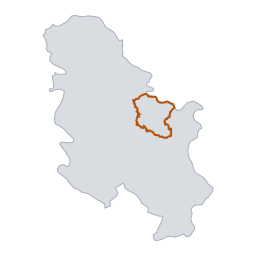 Branicevski highlighted on a map of Republic of Serbia
{"feature_id": "SRB-279", "entity_name": "Branicevski", "entity_type": "District", "adm_level": 1, "iso_a3": "SRB", "parent_name": "Republic of Serbia", "parent_adm1": "", "projection": "mercator", "projection_center": [21.622, 44.446], "detail": "fine", "context": "in_parent", "style": "outline", "palette": "amber", "viewbox_px": 256, "rotation_deg": 0, "n_neighbors": 0, "source": "natural_earth", "source_scale": "10m", "svg_char_len": 7620}
<svg xmlns="http://www.w3.org/2000/svg" viewBox="0 0 256 256"><path d="M146.6,94.1L153.3,96.2L156.3,98.2L157.9,100.8L162.2,102.5L169.2,103.4L174.0,106.0L176.7,110.5L181.1,109.5L187.3,102.8L193.3,101.1L199.3,104.2L202.5,106.9L203.1,108.9L201.7,109.8L198.4,109.4L195.7,110.6L193.5,113.6L193.2,116.7L194.7,120.0L196.8,122.3L199.5,123.5L201.0,125.2L201.2,127.4L201.9,128.0L200.3,129.0L198.6,130.5L197.7,133.1L197.4,137.3L192.2,140.6L190.2,141.2L189.3,143.4L187.9,149.5L188.1,154.1L188.8,156.5L189.1,158.4L190.8,160.7L192.4,164.3L193.4,169.0L195.7,172.7L201.5,176.3L204.4,178.4L206.6,181.4L208.2,184.1L213.0,187.7L212.7,190.3L211.6,192.9L210.5,194.0L208.1,197.3L205.8,199.1L201.9,204.8L195.8,205.1L194.4,205.6L192.1,207.2L190.9,210.0L192.0,212.3L191.9,214.6L190.8,219.1L192.3,223.9L194.4,226.1L194.8,227.3L194.4,229.6L191.2,234.1L190.2,235.8L187.0,236.7L185.9,236.2L184.3,234.7L182.7,234.2L178.9,236.0L175.0,237.2L172.0,236.3L168.9,236.2L166.8,237.0L165.3,237.3L162.2,239.2L157.2,240.6L154.9,240.3L154.0,238.5L153.1,235.8L153.6,234.6L156.8,232.6L157.2,230.6L161.8,221.0L162.7,217.8L162.7,216.8L161.5,216.1L159.0,216.2L147.8,212.3L148.3,207.8L145.1,205.3L141.5,203.2L140.9,200.8L137.0,195.9L134.1,193.2L130.5,191.8L127.3,189.8L125.4,188.6L124.5,186.3L124.5,184.9L123.6,183.6L122.1,183.7L119.5,185.6L116.3,187.1L115.7,188.3L116.9,191.0L117.7,192.7L117.3,194.3L116.3,196.4L110.2,200.9L109.5,202.5L110.7,205.1L110.0,206.3L104.8,208.0L105.0,206.6L104.7,204.3L101.7,201.9L97.6,200.1L88.4,193.7L84.8,192.9L81.7,192.1L77.2,189.1L74.8,188.6L72.3,186.4L66.6,179.0L61.8,175.0L58.6,172.9L57.7,170.9L57.5,168.9L57.6,168.2L60.0,165.3L61.9,164.9L64.4,164.8L66.0,166.3L68.1,166.6L69.3,164.7L69.9,162.0L69.6,158.5L64.5,150.5L60.2,144.9L59.7,143.6L60.6,142.6L62.1,142.0L63.8,142.5L68.1,142.9L72.2,142.4L73.6,141.0L73.6,139.2L72.1,137.4L67.3,132.8L63.5,128.7L59.1,125.6L55.8,124.3L54.9,122.7L54.5,121.0L54.8,117.9L55.0,113.9L55.8,111.4L58.8,106.6L61.6,101.6L63.3,96.7L64.3,92.2L63.9,90.9L62.4,90.0L59.3,89.0L55.0,89.9L51.3,91.5L49.9,91.6L49.4,89.6L50.0,88.7L51.1,88.8L52.1,89.2L53.1,88.3L53.7,85.5L52.2,76.0L54.9,75.2L55.0,73.8L55.2,72.6L58.0,74.3L62.0,74.3L65.5,74.0L66.1,73.0L66.0,71.7L65.3,70.6L64.1,69.7L63.2,68.4L60.8,67.8L53.4,64.4L49.8,60.7L49.9,56.8L51.0,54.7L52.2,54.0L51.8,53.2L47.7,51.4L46.2,48.9L47.4,45.7L45.2,39.1L43.0,35.1L45.2,33.3L45.5,30.8L45.7,29.4L46.6,29.4L50.2,27.8L51.5,26.4L52.3,24.8L53.2,24.4L55.6,26.2L58.1,26.3L61.0,25.2L63.2,23.7L65.7,22.4L66.9,21.6L68.4,20.2L71.4,16.2L74.8,15.4L79.4,16.4L84.3,16.7L88.0,15.8L97.3,17.0L99.3,17.9L100.6,19.0L103.1,22.4L105.4,26.8L108.7,28.9L112.6,31.3L114.6,33.1L117.5,38.4L119.8,41.0L120.6,40.9L121.4,40.2L121.9,39.7L122.5,40.2L122.6,41.8L122.7,45.3L122.2,49.1L123.0,52.7L123.0,53.8L122.4,54.8L122.5,55.7L123.3,56.7L126.5,59.1L129.4,62.7L132.8,65.3L135.9,66.9L137.9,67.0L141.1,70.0L147.5,72.1L149.5,72.8L150.9,74.0L151.9,75.4L152.0,76.9L151.0,77.6L149.6,79.7L149.1,82.1L148.1,82.7L147.0,82.8L146.3,83.5L146.5,84.6L147.3,85.6L148.6,86.5L151.2,87.4L153.7,88.7L153.7,89.8L153.2,90.9L150.0,91.4L147.6,91.6L146.5,92.0L146.6,94.1Z" fill="#d9dde1" stroke="#a8b0b8" stroke-width="1"/><path d="M146.6,94.1L147.3,94.7L148.1,96.2L148.7,96.5L152.2,96.9L154.7,96.7L155.5,96.9L156.3,97.6L156.6,98.5L156.9,99.6L157.3,100.6L158.8,102.1L160.8,102.7L162.9,102.7L164.7,102.3L166.2,101.7L166.9,101.5L167.6,101.6L171.3,103.6L172.6,103.8L173.1,104.2L174.2,107.0L174.4,107.8L173.6,108.3L172.4,109.5L172.0,110.0L171.7,110.3L171.3,110.7L171.2,111.0L171.1,111.5L170.9,111.7L170.6,111.7L170.3,111.8L170.2,111.9L170.1,112.0L170.1,112.3L170.2,112.5L170.2,112.8L170.2,113.0L170.2,113.3L170.0,113.7L169.9,113.7L169.9,114.0L169.8,114.3L169.7,114.5L169.6,114.8L169.5,115.1L169.5,115.3L169.7,115.9L169.8,116.1L169.8,116.3L169.7,116.6L169.6,117.0L169.4,117.2L169.2,117.3L168.9,117.3L168.8,117.2L168.5,117.2L168.3,117.2L168.1,117.2L168.0,117.3L167.9,117.5L167.7,117.8L167.5,118.0L167.4,118.1L167.3,118.3L167.1,118.8L166.9,119.0L166.7,119.0L166.2,118.8L165.8,118.8L165.6,118.9L165.5,119.0L165.4,119.3L165.4,120.0L165.3,120.3L165.2,120.4L165.1,120.5L164.8,120.7L164.6,120.8L164.5,121.1L164.4,121.3L164.4,121.6L164.4,121.9L164.5,122.0L164.6,122.3L165.0,122.6L165.2,122.9L165.2,123.0L165.0,123.5L165.0,123.8L165.2,124.3L165.3,124.6L165.8,124.5L166.4,124.3L166.5,124.3L166.8,124.3L167.0,124.4L167.2,124.6L167.4,124.6L167.6,124.7L167.8,124.8L168.3,125.3L168.4,125.5L168.5,125.8L168.5,126.2L168.5,126.3L168.6,126.7L168.6,126.9L168.6,127.1L168.6,127.3L168.6,127.6L168.7,127.9L168.7,128.1L168.6,128.5L168.6,128.8L168.7,129.0L169.0,129.3L169.2,129.5L169.3,129.6L169.5,129.7L169.9,129.3L170.1,129.0L170.2,128.8L170.3,128.8L170.4,128.7L170.6,128.6L170.8,128.6L171.0,128.7L171.1,128.8L171.1,129.0L170.9,129.3L170.9,129.5L170.9,129.9L171.1,130.3L171.2,130.5L171.2,130.8L171.1,131.2L171.1,131.5L171.1,132.0L171.1,132.3L171.1,132.5L171.1,132.8L171.0,133.0L170.9,133.1L170.7,133.3L170.6,133.5L170.7,133.9L170.7,134.0L170.8,134.5L170.9,134.8L171.2,135.1L171.3,135.2L171.3,135.4L171.2,135.5L171.0,135.8L170.9,136.0L170.7,136.1L170.1,136.2L169.3,136.2L169.1,136.2L168.9,136.2L168.7,136.3L168.4,136.5L168.2,136.6L167.5,137.1L167.4,137.2L167.1,137.5L166.9,137.7L166.7,137.8L166.2,137.7L165.7,137.9L165.4,137.9L165.0,137.7L164.6,137.4L164.3,137.4L163.9,137.6L163.6,137.6L163.4,137.6L163.1,137.4L162.9,137.3L162.6,137.0L162.4,136.7L162.2,136.6L161.6,136.5L161.4,136.5L161.0,136.7L160.8,136.9L160.7,136.9L160.3,136.9L160.1,136.8L159.7,136.7L159.4,136.4L159.4,136.0L159.3,135.9L159.2,135.8L158.8,135.4L158.6,135.4L158.3,135.2L158.0,135.2L157.9,135.2L157.6,135.2L157.4,135.2L157.2,135.2L156.8,135.1L156.6,135.0L156.4,135.0L156.1,135.2L155.9,135.2L155.7,135.1L155.2,134.9L154.9,134.9L154.7,134.8L154.6,134.7L154.4,134.4L154.3,134.0L154.2,133.7L154.0,133.4L153.7,133.3L153.6,133.2L153.4,132.8L153.2,132.6L152.9,132.4L152.3,131.9L152.0,131.5L151.8,131.3L151.6,131.4L151.3,131.4L151.1,131.4L150.9,131.4L150.5,131.2L150.4,131.1L150.2,130.8L150.1,130.7L149.8,130.5L149.7,130.5L148.8,130.6L148.6,130.6L148.4,130.7L148.3,130.8L148.2,130.9L148.2,131.0L148.0,131.3L147.3,131.3L147.0,131.3L146.8,131.3L146.7,131.3L146.5,131.2L146.4,131.1L146.3,130.9L146.6,130.5L146.6,130.4L146.8,130.0L146.9,129.7L146.9,129.4L146.7,129.2L146.3,129.2L146.2,129.1L145.9,128.9L145.8,128.7L145.6,128.3L145.5,128.2L145.5,127.8L145.5,127.7L145.5,127.4L145.4,127.2L145.2,127.0L144.7,126.6L143.8,125.9L143.6,126.4L143.5,126.6L143.4,126.8L143.3,127.2L143.2,127.4L143.1,127.6L142.8,127.9L142.8,128.0L142.7,128.0L142.2,127.8L142.1,127.7L141.8,127.7L141.4,127.6L141.1,127.5L140.9,127.3L140.7,127.1L140.7,126.9L140.6,126.5L140.5,126.4L140.0,125.9L139.6,125.7L139.3,125.6L138.9,125.6L138.7,125.5L138.6,125.4L138.3,125.2L138.2,125.1L137.8,125.1L137.3,125.2L136.7,124.9L136.7,124.5L137.0,124.5L137.0,124.2L136.7,124.2L136.7,123.7L137.4,123.8L137.8,123.5L137.6,123.0L137.0,122.6L137.2,121.9L137.0,121.5L136.7,121.3L136.4,121.0L136.3,120.4L136.4,120.1L136.5,119.7L136.7,119.0L136.9,118.1L137.2,117.2L137.8,116.7L139.0,116.7L138.8,116.2L138.6,115.9L138.2,115.7L137.8,115.5L138.1,114.3L138.5,114.5L138.7,114.4L139.0,114.3L138.7,114.2L138.1,113.9L138.3,113.0L138.4,112.7L138.1,112.7L137.8,112.9L137.6,112.4L137.3,111.7L136.7,111.5L136.7,111.1L137.3,110.6L137.6,110.0L137.6,109.3L137.3,108.4L136.9,107.6L136.6,107.3L136.1,107.2L135.3,107.2L135.4,106.1L134.5,104.7L135.0,104.0L134.8,103.7L134.2,103.1L133.9,102.8L134.0,102.6L134.1,101.9L134.2,101.6L133.7,101.6L133.4,101.3L133.3,100.8L133.3,100.1L135.0,99.9L136.0,99.1L136.4,98.8L137.0,98.8L138.0,98.9L138.5,98.6L138.9,98.1L139.2,97.5L139.5,96.9L140.9,95.8L142.9,94.8L144.9,94.2L146.6,94.1Z" fill="none" stroke="#b45309" stroke-width="2"/></svg>